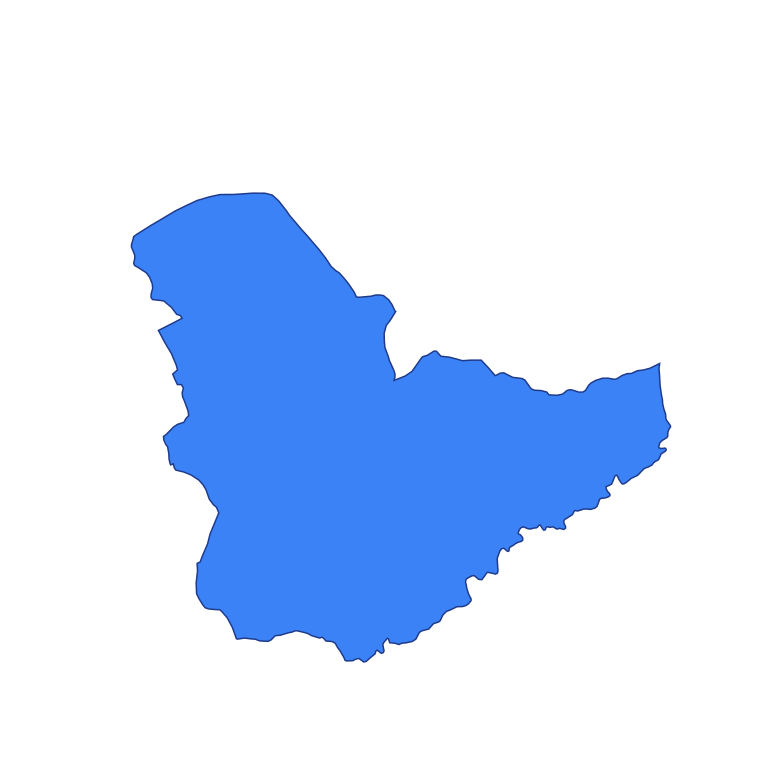 outline of Binh Long, Bình Phước, Vietnam, rotated 155°
{"feature_id": "81297802B43417057118199", "entity_name": "Binh Long", "entity_type": "district", "adm_level": 2, "iso_a3": "VNM", "parent_name": "Vietnam", "parent_adm1": "Bình Phước", "projection": "mercator", "projection_center": [106.575, 11.671], "detail": "fine", "context": "isolated", "style": "filled", "palette": "blue", "viewbox_px": 768, "rotation_deg": 155, "n_neighbors": 0, "source": "geoboundaries", "source_scale": "gbopen_adm2", "svg_char_len": 5271}
<svg xmlns="http://www.w3.org/2000/svg" viewBox="0 0 768 768"><g transform="rotate(155 384 384)"><path d="M535.9,153.2L536.1,150.0L534.9,148.8L532.1,147.6L529.1,146.4L526.0,146.6L522.7,145.8L519.8,140.6L517.4,140.1L511.3,141.9L506.1,143.2L504.2,145.4L502.7,145.7L500.3,141.1L498.4,140.8L496.7,142.1L496.1,144.9L495.1,148.5L493.4,149.8L488.4,152.1L487.6,150.9L488.2,147.1L483.7,144.5L480.6,141.6L477.3,141.5L473.1,140.0L467.0,138.7L462.9,139.3L457.0,143.9L454.1,144.3L446.8,143.0L445.2,143.8L440.4,145.9L435.8,145.3L433.9,145.3L431.6,146.9L428.7,149.5L427.4,150.1L423.4,151.5L419.5,151.2L412.0,151.3L406.9,149.1L403.6,148.6L400.6,149.0L396.8,150.7L395.9,152.4L396.1,158.0L395.3,164.0L394.4,166.9L393.9,169.8L392.7,171.7L391.8,172.5L388.5,172.9L385.0,172.9L383.1,172.0L380.8,167.0L378.1,165.3L374.0,167.4L370.6,169.5L369.4,169.4L365.0,166.1L363.4,164.6L361.3,164.6L359.8,166.2L355.2,178.0L349.8,183.5L347.1,185.0L344.8,184.5L342.8,180.1L341.3,179.9L340.0,182.0L339.2,182.8L335.8,183.1L331.7,183.8L328.7,183.8L326.3,183.3L324.3,183.8L323.4,185.7L323.4,186.8L324.1,189.8L325.5,191.3L325.3,192.3L323.0,194.6L321.4,195.5L320.5,195.8L318.2,195.7L314.4,191.8L312.4,190.6L309.5,190.2L306.4,189.2L305.3,189.4L303.4,190.4L302.0,190.1L301.8,188.2L301.4,185.5L300.9,184.0L299.5,183.7L298.7,184.4L297.5,185.6L295.9,185.5L294.7,184.1L291.8,183.3L290.7,182.6L289.0,179.8L288.0,179.2L286.1,179.1L285.0,178.3L282.7,176.3L280.5,176.5L279.7,178.0L279.7,181.2L279.6,182.5L279.2,183.5L278.5,184.2L277.6,184.8L272.8,185.4L268.5,186.0L265.5,188.2L264.6,188.7L262.2,187.1L259.5,186.7L256.0,186.3L253.1,185.0L249.7,183.0L245.2,182.4L242.7,183.0L239.5,186.1L237.3,188.4L235.7,188.6L231.4,187.2L228.5,186.9L226.5,187.3L226.0,188.2L225.9,189.3L226.8,192.3L226.9,194.6L226.4,196.8L225.3,197.1L222.3,196.9L220.0,197.1L217.6,199.2L213.7,203.0L211.8,203.1L211.4,201.8L211.4,198.0L210.7,193.6L210.0,192.5L208.8,192.2L206.3,192.3L199.8,194.0L193.8,194.0L191.6,194.4L188.3,195.8L184.6,197.2L182.0,197.4L179.6,197.1L175.4,197.3L172.6,198.8L170.2,199.2L167.3,199.3L166.2,200.1L163.6,202.4L162.5,203.5L157.4,204.2L156.1,205.0L155.9,205.7L155.9,206.4L156.3,207.1L157.8,207.6L160.2,208.5L161.7,209.8L161.5,210.8L161.0,211.7L158.8,214.2L155.6,215.3L150.5,215.8L148.9,216.8L147.1,220.4L145.2,222.3L142.3,224.1L142.1,225.7L143.2,231.5L143.2,233.3L141.5,237.8L140.9,243.2L139.8,248.3L138.4,251.8L136.9,257.8L134.2,266.5L130.4,275.9L128.3,281.7L125.5,286.1L129.1,286.0L136.6,285.9L143.5,287.2L148.8,289.0L155.5,289.0L159.1,290.6L164.5,291.1L168.5,290.6L171.2,290.4L173.2,290.9L178.5,294.6L183.5,296.9L190.6,297.8L196.1,297.4L199.0,296.4L203.9,293.1L207.0,292.6L210.7,294.2L215.8,298.9L218.3,300.4L220.9,300.8L224.7,299.8L226.6,299.4L231.5,300.5L235.7,302.6L239.1,304.5L239.9,307.9L244.5,311.7L250.3,314.8L252.5,317.3L253.1,319.7L254.6,328.0L256.5,330.6L264.5,335.6L267.9,339.9L270.7,343.5L273.9,344.7L278.1,344.5L279.7,344.6L282.5,354.4L285.8,364.5L295.9,369.2L303.1,372.0L307.0,375.4L313.4,380.7L320.7,385.1L322.6,391.5L324.7,392.7L332.6,391.7L337.2,392.4L338.7,392.0L342.3,389.9L353.3,383.6L361.3,382.3L373.4,383.0L372.5,384.2L371.5,385.1L370.2,387.5L369.8,388.5L369.3,392.6L369.2,401.5L369.2,403.1L368.5,407.2L367.8,416.0L367.6,417.1L365.7,422.4L362.7,429.3L362.1,430.3L358.0,435.2L357.0,436.3L355.6,437.0L352.4,438.5L348.0,441.3L342.7,444.8L343.2,445.7L343.2,452.6L344.1,458.2L347.1,464.3L349.4,466.0L354.0,468.2L358.5,469.0L369.3,472.9L372.2,474.4L372.2,479.8L373.7,489.3L375.4,496.3L377.5,503.4L379.9,507.3L382.2,512.7L383.7,522.8L386.0,533.0L389.0,543.8L390.7,550.1L393.6,559.4L395.2,565.3L396.2,569.0L398.3,576.5L399.2,582.1L402.1,594.5L405.4,602.4L411.1,607.1L422.2,612.4L440.4,619.4L452.5,625.0L462.6,627.3L475.8,629.3L486.1,629.3L499.6,629.1L528.5,626.2L544.4,624.2L548.5,623.4L551.3,620.0L553.9,617.1L555.0,614.9L555.4,606.4L556.8,603.2L559.8,599.2L560.0,596.9L557.2,592.9L552.5,585.4L551.3,579.9L551.7,572.7L553.2,568.5L556.8,564.2L558.4,561.3L558.5,559.8L557.9,558.2L551.5,554.3L548.5,552.3L544.3,543.4L542.4,534.6L541.2,533.7L539.7,532.2L539.3,528.9L549.6,528.4L565.8,527.9L565.1,514.2L563.8,501.7L564.3,488.9L565.2,484.0L571.3,482.3L571.5,477.9L571.5,470.8L567.8,469.0L567.6,465.0L570.7,461.2L571.9,457.6L572.1,452.3L573.0,442.2L574.4,437.9L578.2,436.4L581.3,434.0L582.8,434.0L588.1,434.7L592.8,434.0L603.3,430.1L606.0,429.7L607.2,426.3L607.3,421.6L606.7,418.4L608.4,412.0L610.6,406.6L611.4,402.7L611.6,400.9L608.7,400.6L609.5,396.7L609.1,394.0L602.6,388.8L597.3,383.1L592.5,375.4L590.6,369.2L590.0,363.7L591.0,353.4L589.6,346.6L587.9,343.1L588.2,337.0L598.9,327.2L605.0,321.6L611.5,313.6L621.6,304.6L625.8,300.4L629.2,300.4L632.1,293.2L638.3,283.1L642.5,273.1L642.4,267.7L641.6,260.7L640.7,256.9L638.2,254.4L632.1,250.8L628.2,248.8L627.1,246.1L624.9,238.3L624.3,227.6L625.0,219.8L625.2,217.7L625.4,215.4L624.3,214.6L621.6,213.8L618.0,212.8L611.6,208.8L608.6,207.2L605.4,203.9L601.4,201.6L597.9,199.8L594.4,199.8L592.5,200.5L589.7,201.6L588.1,201.6L584.5,200.2L577.6,199.2L575.3,198.8L572.1,198.0L569.2,197.9L567.1,197.1L561.1,192.4L558.4,189.9L555.8,186.4L551.6,182.6L549.9,181.1L548.3,180.8L547.2,180.7L546.6,179.7L545.8,178.0L545.4,175.8L543.7,174.7L540.1,172.7L537.8,169.8L537.6,167.8L537.4,164.4L536.6,161.0L536.3,157.3L535.9,153.2Z" fill="#3b82f6" stroke="#1e3a8a" stroke-width="1.5"/></g></svg>